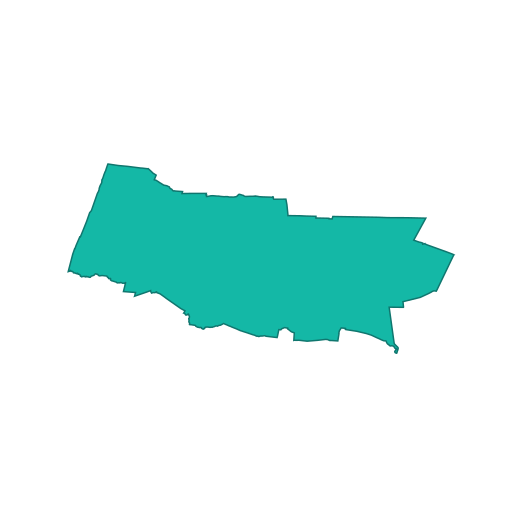 Tartasesti, Dâmbovita, Romania, rotated 325°
{"feature_id": "2599482B67594439605865", "entity_name": "Tartasesti", "entity_type": "district", "adm_level": 2, "iso_a3": "ROU", "parent_name": "Romania", "parent_adm1": "Dâmbovita", "projection": "robinson", "projection_center": [25.802, 44.581], "detail": "fine", "context": "isolated", "style": "filled", "palette": "teal", "viewbox_px": 512, "rotation_deg": 325, "n_neighbors": 0, "source": "geoboundaries", "source_scale": "gbopen_adm2", "svg_char_len": 6014}
<svg xmlns="http://www.w3.org/2000/svg" viewBox="0 0 512 512"><g transform="rotate(325 256 256)"><path d="M418.8,368.6L418.2,367.4L415.0,362.7L404.8,348.2L402.6,345.1L401.2,342.8L401.3,342.7L399.4,341.9L400.0,341.1L398.8,339.4L397.8,338.4L396.6,336.8L394.3,333.5L416.8,322.4L401.7,311.3L386.0,300.2L378.5,294.5L341.6,267.7L339.6,269.3L337.0,267.3L337.0,267.0L337.2,266.8L326.8,259.2L327.9,257.9L319.8,251.9L315.4,248.5L305.3,241.2L305.6,240.9L310.7,231.8L313.1,226.6L303.1,219.7L303.1,219.3L303.3,218.6L303.7,218.2L304.0,217.5L303.7,217.1L302.8,217.2L302.3,216.6L295.2,211.3L292.6,209.2L291.9,208.4L290.0,206.6L289.9,206.8L288.8,206.0L284.5,203.1L282.3,201.7L281.6,201.2L281.0,200.7L280.9,200.5L280.7,200.1L280.5,199.4L280.4,199.1L279.9,198.6L278.3,196.5L277.6,195.8L277.3,195.7L276.9,195.7L275.2,196.0L274.3,196.1L273.8,196.0L272.5,195.4L270.9,194.6L270.4,194.1L268.1,192.5L266.6,190.9L264.7,189.6L264.2,189.4L261.1,186.8L260.7,186.4L259.9,185.6L258.5,184.6L255.3,181.9L253.6,180.8L250.4,179.4L249.6,178.9L250.6,177.6L250.1,177.1L251.2,176.2L240.2,168.5L231.2,162.4L232.8,161.1L227.5,156.8L226.5,155.8L225.8,155.4L225.6,155.2L225.4,154.8L225.2,152.8L224.4,151.5L224.6,149.6L224.5,149.4L223.7,148.2L223.4,147.5L222.8,146.8L222.2,146.2L221.5,145.4L221.1,145.2L220.9,144.8L220.8,144.3L220.5,143.6L220.1,142.8L219.7,141.7L219.3,141.0L218.8,139.6L217.7,136.9L217.4,136.4L216.9,135.9L216.4,135.2L220.6,132.5L219.1,128.9L218.8,127.0L217.8,122.6L217.3,122.4L213.5,119.0L211.9,117.7L202.2,108.9L195.1,102.9L187.5,95.7L186.7,96.2L183.8,98.3L181.6,100.0L180.6,100.5L177.9,102.3L175.7,104.0L174.3,104.9L173.4,105.3L172.7,106.2L172.4,106.6L171.6,107.5L168.8,108.9L167.9,109.5L166.4,110.6L165.6,111.6L163.9,112.8L161.9,113.8L147.2,124.4L144.6,125.1L137.1,130.5L128.4,136.2L123.1,139.6L122.7,139.2L114.6,144.2L111.8,146.2L111.6,146.0L106.9,149.4L93.2,161.1L93.5,161.2L94.7,161.6L95.6,161.4L95.8,161.5L95.8,161.8L95.6,162.3L95.7,162.5L96.4,163.0L96.9,163.6L97.0,164.2L96.8,164.9L96.9,165.2L97.1,165.4L97.8,165.8L98.0,166.3L98.3,166.5L98.7,167.4L99.0,167.6L99.7,167.6L100.0,168.1L100.0,168.4L99.8,168.7L99.8,168.9L100.0,169.1L100.3,169.2L100.6,169.5L100.8,170.0L100.9,170.5L101.1,171.0L100.7,171.6L100.7,171.9L101.0,172.1L101.1,172.4L101.1,172.9L101.2,173.1L102.5,173.5L104.3,174.7L104.4,174.9L104.2,175.2L104.4,175.4L104.7,175.5L105.4,175.5L105.6,175.6L105.6,176.1L105.8,176.3L106.6,176.6L106.8,177.1L107.1,177.7L107.3,177.9L108.2,178.4L109.2,178.0L112.1,178.8L112.5,178.8L114.1,178.5L114.5,178.6L114.8,179.0L115.1,179.6L115.8,180.2L115.8,181.4L116.1,182.1L116.4,182.5L118.7,183.7L121.2,185.9L122.2,186.8L122.3,187.0L122.3,187.3L122.2,187.6L122.2,188.2L122.6,188.7L122.7,188.9L122.4,189.5L122.4,189.9L122.5,190.2L123.0,190.6L123.6,190.7L123.8,190.8L123.9,191.0L123.1,192.3L123.2,192.5L123.6,193.6L124.1,194.1L126.4,197.1L126.6,197.3L126.8,198.3L127.1,198.6L128.7,199.5L128.9,199.7L129.1,200.0L129.8,200.0L130.2,200.3L130.6,200.8L130.9,201.6L132.2,202.5L132.4,202.8L133.5,202.9L134.3,202.7L127.0,209.1L136.4,216.8L135.6,217.4L133.8,219.1L133.5,219.3L146.0,222.9L149.8,223.9L149.4,224.5L149.2,226.3L149.2,226.5L149.6,226.6L150.8,227.0L152.1,228.0L152.6,228.2L153.3,228.1L154.0,228.3L154.0,228.8L153.8,229.3L154.4,230.1L154.7,230.4L155.3,231.4L155.7,231.9L157.7,237.6L158.2,239.3L162.8,251.9L164.3,256.0L166.4,260.2L164.1,261.3L164.5,261.6L164.6,261.9L164.6,262.2L164.6,263.4L164.6,263.8L164.7,264.2L165.1,264.4L166.2,264.8L166.3,264.8L166.6,264.6L167.2,264.6L167.3,264.7L167.3,265.2L167.2,265.5L167.1,265.8L166.8,267.3L166.4,267.9L165.8,268.4L165.1,268.6L164.9,268.9L164.6,269.5L164.4,270.2L163.7,270.8L163.5,271.1L163.2,271.7L163.1,272.0L163.2,272.7L163.1,273.0L162.6,273.5L162.2,274.0L162.3,274.2L163.6,275.2L163.9,275.5L164.3,276.0L164.7,276.2L165.4,277.0L165.5,277.1L166.3,277.8L166.5,278.4L166.4,279.0L167.3,280.8L168.1,281.5L168.3,281.9L168.6,282.2L169.5,282.6L170.1,283.2L170.1,283.3L169.9,283.6L169.9,283.9L170.1,284.1L170.3,285.0L170.7,285.4L171.0,285.4L171.1,285.7L171.5,285.6L172.0,285.9L172.7,285.7L172.9,285.4L173.0,285.3L173.5,285.3L174.1,285.5L175.6,286.4L177.4,288.1L178.6,288.7L179.1,289.2L179.7,289.4L180.1,289.5L180.5,289.6L181.5,290.0L181.9,290.0L183.0,290.3L183.5,290.6L184.0,291.2L184.2,291.4L185.3,291.5L185.8,291.6L187.2,292.3L187.8,292.4L190.4,292.7L190.7,292.7L191.0,293.1L191.8,294.6L192.1,294.9L194.0,298.1L194.6,298.8L195.3,300.1L196.5,301.9L196.6,302.1L197.5,303.4L198.0,304.2L199.0,305.8L199.3,306.5L199.8,307.0L200.3,308.1L201.0,308.9L201.7,309.9L205.5,314.9L205.7,315.3L206.0,315.6L208.1,318.5L209.5,320.2L209.9,320.9L210.2,321.6L210.7,322.2L211.5,322.7L212.0,323.5L212.3,323.7L213.7,324.1L215.3,325.2L216.9,326.0L217.3,326.2L217.6,326.4L218.1,327.4L226.5,334.9L227.4,334.2L232.5,329.4L234.0,330.7L234.3,330.7L235.0,330.3L238.2,331.0L238.5,331.2L240.6,333.3L240.1,333.8L240.1,334.0L240.3,334.3L241.3,337.8L241.7,338.7L243.3,340.9L238.6,346.8L238.9,346.9L241.4,348.7L242.2,349.2L242.8,349.6L249.0,355.1L257.9,360.3L265.3,364.3L266.8,365.6L267.9,367.5L269.6,368.7L274.3,372.5L278.9,367.8L279.3,367.3L279.3,367.1L279.6,367.0L280.1,366.2L281.4,365.1L284.5,363.8L287.6,366.4L287.8,366.7L287.1,367.4L287.3,367.7L295.4,375.5L301.9,382.8L305.1,387.0L308.2,392.4L308.4,392.7L309.5,394.5L310.3,396.0L311.2,397.5L311.8,398.4L312.2,398.9L312.7,399.3L313.2,399.6L313.7,400.0L313.7,400.3L313.7,400.7L313.4,401.6L313.3,402.9L313.3,403.4L313.5,404.0L313.9,404.8L313.9,405.5L314.1,406.2L314.4,406.7L315.7,407.4L316.5,408.2L316.8,408.6L317.1,409.2L316.9,410.2L316.9,411.1L317.1,411.7L317.5,412.1L317.7,412.5L317.6,412.9L316.9,413.0L315.3,413.6L314.8,413.9L314.6,414.4L314.6,415.1L315.1,416.0L315.3,416.2L315.5,416.3L315.8,416.2L317.1,415.1L318.3,414.3L319.4,413.3L319.7,412.8L319.8,412.2L319.0,407.7L319.1,406.8L319.7,405.6L319.8,405.4L335.7,374.3L336.0,374.5L347.3,382.6L347.5,382.5L350.2,377.7L366.8,384.1L376.3,385.8L376.5,385.8L378.6,386.1L379.7,386.1L380.2,386.2L381.5,386.5L381.9,386.7L383.0,387.7L383.5,388.2L384.9,387.5L418.5,368.6L418.8,368.6Z" fill="#14b8a6" stroke="#0f766e" stroke-width="1.5"/></g></svg>